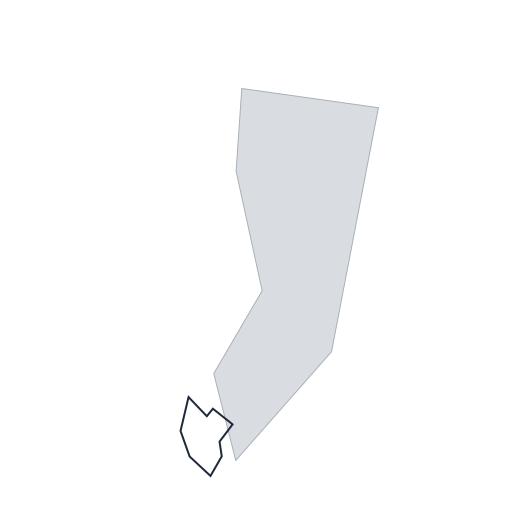 Seychelles, with Takamaka highlighted, rotated 43°
{"feature_id": "SYC-5220", "entity_name": "Takamaka", "entity_type": "state/province", "adm_level": 1, "iso_a3": "SYC", "parent_name": "Seychelles", "parent_adm1": "", "projection": "albers", "projection_center": [55.519, -4.787], "detail": "fine", "context": "in_parent", "style": "outline", "palette": "slate", "viewbox_px": 512, "rotation_deg": 43, "n_neighbors": 0, "source": "natural_earth", "source_scale": "10m", "svg_char_len": 442}
<svg xmlns="http://www.w3.org/2000/svg" viewBox="0 0 512 512"><g transform="rotate(43 256 256)"><path d="M376.5,274.5L380.6,419.3L305.3,370.8L284.2,277.2L183.6,207.5L131.4,143.2L244.4,64.1L376.5,274.5Z" fill="#d9dde1" stroke="#a8b0b8" stroke-width="1"/><path d="M353.7,395.1L355.9,416.6L367.6,425.9L372.7,447.9L344.2,447.9L320.1,435.4L302.9,405.2L329.3,406.7L328.6,397.1L353.7,395.1Z" fill="none" stroke="#1e293b" stroke-width="2"/></g></svg>